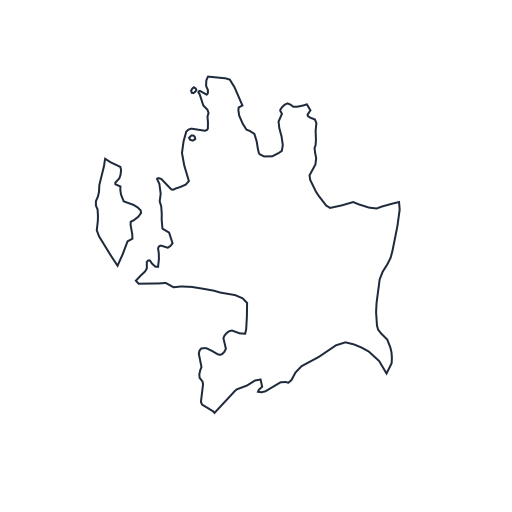 map outline of Azerbaijan (Mercator projection), rotated 45°
{"feature_id": "AZE", "entity_name": "Azerbaijan", "entity_type": "country or territory", "adm_level": 0, "iso_a3": "AZE", "parent_name": "Asia", "parent_adm1": "", "projection": "mercator", "projection_center": [46.85, 40.145], "detail": "fine", "context": "isolated", "style": "outline", "palette": "slate", "viewbox_px": 512, "rotation_deg": 45, "n_neighbors": 0, "source": "natural_earth", "source_scale": "50m", "svg_char_len": 3312}
<svg xmlns="http://www.w3.org/2000/svg" viewBox="0 0 512 512"><g transform="rotate(45 256 256)"><path d="M337.6,396.3L335.8,396.1L323.0,399.2L320.3,398.2L309.3,384.2L307.0,382.6L302.3,382.0L299.5,379.7L297.2,375.9L296.0,373.1L284.6,365.5L282.9,362.7L282.7,360.2L284.3,358.0L286.3,356.2L291.8,354.3L298.3,352.6L300.4,351.4L301.4,349.4L301.4,346.1L300.3,342.9L291.0,337.1L290.0,334.5L289.7,331.4L290.2,328.2L291.7,325.7L299.2,322.2L303.3,318.6L300.8,314.7L292.6,305.5L282.9,295.5L276.4,295.4L268.9,298.4L256.9,306.9L250.3,310.6L241.7,316.6L232.3,323.4L224.6,330.5L219.8,336.4L211.2,338.9L206.9,343.9L192.6,358.6L188.5,358.4L188.3,351.1L188.5,345.3L187.6,342.0L183.0,337.4L182.9,335.4L184.1,334.2L187.7,334.9L192.3,334.7L194.4,332.9L189.5,326.8L185.2,322.7L181.5,320.0L180.7,318.4L180.7,317.2L181.5,315.8L187.8,312.5L188.4,309.4L188.0,306.0L178.0,300.9L170.5,302.8L163.7,297.1L159.4,292.7L154.0,288.0L149.2,285.4L144.6,279.4L136.6,273.3L131.5,271.5L131.5,270.6L132.5,269.5L134.6,268.5L148.9,268.8L150.6,267.7L151.5,265.0L153.5,261.1L155.8,255.4L155.6,250.5L141.2,242.7L130.8,235.5L123.6,226.0L118.7,217.3L118.9,214.3L120.3,211.6L131.4,203.5L132.2,201.4L131.9,200.0L128.0,195.9L123.0,191.6L121.4,188.5L118.2,186.9L112.3,186.8L101.8,181.5L99.5,181.0L99.1,180.0L99.6,178.9L107.0,176.8L106.9,175.0L104.7,172.7L100.4,171.0L96.6,166.8L95.2,163.1L108.7,152.0L112.7,149.8L121.6,151.9L140.0,159.2L138.7,163.2L140.6,165.5L144.8,168.6L152.9,171.8L159.8,173.4L163.2,172.0L168.5,170.8L175.3,174.4L181.7,179.0L184.8,180.9L186.5,181.5L191.3,179.9L197.0,174.0L199.3,166.9L199.9,163.4L196.6,158.7L189.7,153.5L181.9,149.0L176.9,145.0L173.8,137.1L170.5,136.2L169.7,135.2L169.2,132.5L169.3,128.7L170.4,125.8L173.6,124.5L176.8,124.1L179.6,121.3L183.2,115.8L184.7,112.8L191.5,114.5L192.4,119.4L193.6,120.4L196.4,119.9L201.1,117.8L204.8,119.4L209.5,125.2L216.1,131.3L219.7,135.4L221.1,138.3L224.5,141.0L229.4,144.3L233.3,149.3L236.8,161.1L240.4,163.8L253.1,168.2L257.5,169.1L270.0,170.7L274.4,169.6L280.9,159.5L286.6,149.1L292.0,146.9L301.8,141.8L307.7,137.1L310.1,131.9L315.6,122.2L319.0,116.7L324.8,121.6L334.8,134.8L349.0,156.1L352.5,162.2L354.8,169.2L356.7,177.6L360.0,185.1L374.4,203.9L380.6,210.8L390.8,219.7L394.4,221.7L399.2,222.3L407.9,222.3L415.9,225.8L419.9,228.3L424.0,231.8L427.7,235.9L431.4,246.8L417.4,243.2L403.4,243.8L395.4,246.1L387.7,249.3L380.3,253.8L375.7,262.6L371.8,282.8L366.1,301.7L366.3,310.4L368.8,318.7L368.5,322.7L365.9,324.3L362.7,327.9L358.3,345.1L356.2,348.5L353.4,350.6L352.6,348.6L352.8,344.1L346.6,340.1L343.4,344.6L341.2,354.0L336.7,363.9L336.5,365.8L337.6,396.3ZM129.7,219.1L130.4,216.3L128.6,215.1L126.7,215.0L125.1,216.4L125.1,219.8L127.4,220.4L129.7,219.1ZM83.7,298.2L81.6,295.4L80.6,293.9L86.8,292.6L97.1,288.9L99.9,290.7L102.9,294.5L104.4,297.7L104.7,303.7L105.9,304.7L111.0,302.7L113.2,305.1L117.1,308.0L123.8,310.9L133.4,306.4L138.2,305.3L142.2,305.3L144.3,306.8L145.0,311.4L144.3,317.2L143.2,320.3L145.2,322.6L153.1,328.1L156.4,331.2L154.8,336.5L160.7,349.5L162.6,354.6L165.0,360.8L152.9,358.3L131.2,353.1L125.2,350.4L119.5,343.2L116.2,339.7L111.2,335.2L107.1,333.5L104.0,330.4L102.2,325.7L99.6,321.6L95.1,316.7L85.0,300.0L83.7,298.2ZM96.6,185.0L95.3,186.0L93.2,185.0L92.6,182.9L92.7,180.7L94.8,180.2L96.5,180.8L96.9,182.8L96.6,185.0Z" fill="none" stroke="#1e293b" stroke-width="2"/></g></svg>